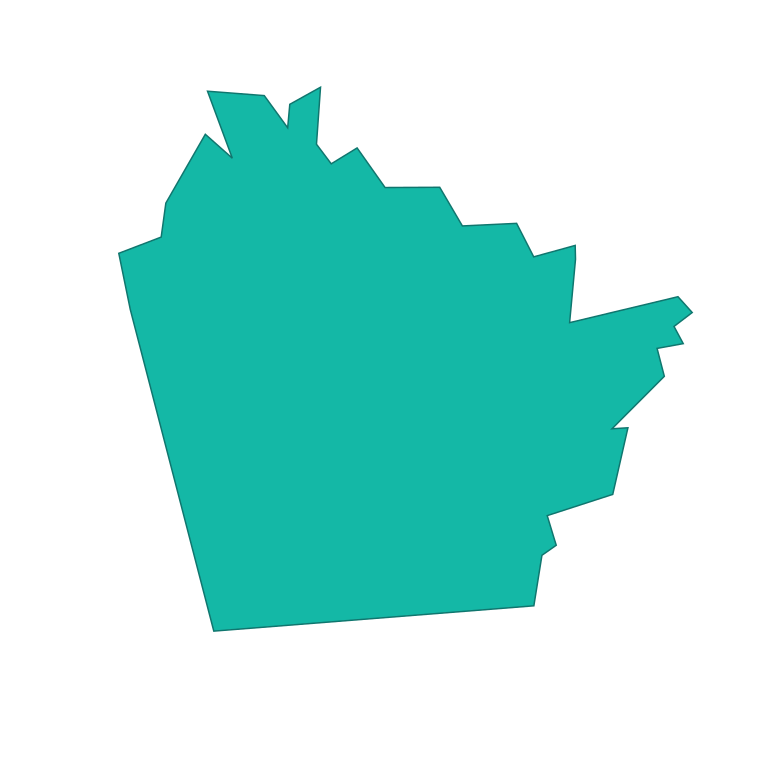 Clark, Kentucky, United States of America (Albers equal-area conic projection), rotated 192°
{"feature_id": "52423323B29172406843772", "entity_name": "Clark", "entity_type": "district", "adm_level": 2, "iso_a3": "USA", "parent_name": "United States of America", "parent_adm1": "Kentucky", "projection": "albers", "projection_center": [-84.177, 37.969], "detail": "fine", "context": "isolated", "style": "filled", "palette": "teal", "viewbox_px": 768, "rotation_deg": 192, "n_neighbors": 0, "source": "geoboundaries", "source_scale": "gbopen_adm2", "svg_char_len": 625}
<svg xmlns="http://www.w3.org/2000/svg" viewBox="0 0 768 768"><g transform="rotate(192 384 384)"><path d="M617.5,633.7L579.3,573.3L610.7,591.1L635.0,515.6L632.5,481.4L670.6,456.7L647.7,404.2L499.1,106.9L191.3,198.2L193.9,249.3L182.0,262.1L185.2,267.8L197.0,289.2L137.3,323.6L136.3,391.9L151.7,387.6L111.4,449.8L124.3,475.6L99.7,485.7L112.3,500.6L97.4,518.0L114.6,530.5L215.2,482.6L222.6,545.8L225.8,559.3L264.0,539.5L287.7,568.7L340.2,554.9L370.4,588.0L423.8,576.4L459.4,609.3L481.4,588.4L499.9,604.5L507.8,661.1L534.3,638.0L531.5,614.6L561.1,641.2L617.5,633.7Z" fill="#14b8a6" stroke="#0f766e" stroke-width="1.5"/></g></svg>